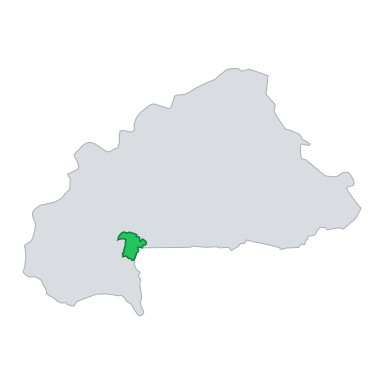 Ioba on a map of Burkina Faso (Mercator projection)
{"feature_id": "BFA-2833", "entity_name": "Ioba", "entity_type": "Province", "adm_level": 1, "iso_a3": "BFA", "parent_name": "Burkina Faso", "parent_adm1": "", "projection": "mercator", "projection_center": [-2.966, 11.024], "detail": "fine", "context": "in_parent", "style": "filled", "palette": "green", "viewbox_px": 384, "rotation_deg": 0, "n_neighbors": 0, "source": "natural_earth", "source_scale": "10m", "svg_char_len": 4414}
<svg xmlns="http://www.w3.org/2000/svg" viewBox="0 0 384 384"><path d="M297.4,247.5L286.4,248.0L282.4,249.2L280.0,249.2L279.9,248.2L279.6,247.6L265.7,244.2L256.0,242.2L246.1,240.0L245.6,242.0L244.2,243.4L242.0,243.5L240.6,243.2L239.6,244.8L237.9,246.9L235.6,247.9L233.4,249.2L232.1,250.4L231.2,250.4L229.0,247.7L226.0,247.4L220.4,247.9L217.9,247.1L214.4,246.8L206.3,247.3L193.3,246.2L191.2,246.8L190.6,247.3L177.8,247.5L163.6,247.6L151.8,247.7L141.4,247.8L141.4,247.4L138.1,247.3L137.7,248.2L134.8,259.0L134.4,264.9L136.0,268.6L137.8,270.9L139.7,271.9L139.9,273.2L138.4,274.9L138.5,276.6L140.3,278.4L140.8,280.3L139.8,282.3L140.1,287.1L141.5,294.6L141.5,299.4L140.2,301.7L140.8,305.5L143.4,310.9L143.8,313.1L142.9,314.2L140.8,315.6L138.6,315.5L136.1,312.3L135.0,310.8L133.0,307.5L131.3,304.2L129.0,302.8L126.7,301.4L123.9,297.2L121.3,295.2L118.4,295.8L114.3,295.0L106.0,293.9L97.0,294.2L93.3,295.2L89.7,296.7L80.4,300.1L76.7,301.8L73.9,306.0L70.8,305.9L67.6,304.6L65.6,302.6L61.4,303.1L57.3,301.2L53.3,297.5L50.4,296.3L46.7,293.7L45.7,288.6L43.3,285.1L41.1,280.2L37.9,278.0L34.2,276.8L29.1,277.0L25.7,275.1L23.0,272.2L23.7,269.7L24.9,266.1L25.1,262.7L25.9,257.2L25.4,250.2L24.5,245.4L27.3,243.4L30.6,241.6L32.6,238.3L34.7,230.9L35.6,224.5L34.9,222.1L33.9,220.2L33.0,217.5L32.5,214.1L33.1,211.1L35.6,208.4L38.7,206.2L40.9,205.1L46.7,203.9L54.0,202.2L58.2,200.3L61.3,198.4L63.0,196.9L64.8,193.7L67.6,191.3L69.8,188.9L70.1,182.1L70.1,178.2L68.5,176.1L67.6,174.3L78.4,168.9L78.5,165.2L77.0,161.0L74.9,157.6L74.1,154.7L77.1,151.2L79.7,148.7L81.7,146.5L85.9,143.1L90.4,142.3L94.4,143.5L106.2,151.4L108.3,151.9L110.7,151.3L113.9,149.2L117.9,147.6L119.4,142.3L119.3,134.6L120.2,131.0L122.3,130.4L129.2,131.8L130.9,131.9L132.9,131.4L134.4,130.1L134.3,127.6L134.0,125.4L136.2,118.1L140.3,112.7L148.5,106.0L151.0,104.6L154.0,103.9L168.7,108.6L171.1,107.4L174.7,95.9L178.7,94.8L183.4,94.6L186.5,93.6L188.2,92.8L195.1,88.4L207.5,82.4L214.1,79.8L215.4,78.9L220.2,74.6L226.5,69.8L230.5,68.8L236.0,68.4L239.5,69.2L240.5,70.6L241.6,71.3L248.9,69.2L259.2,72.5L268.2,75.8L267.6,77.8L267.6,81.5L266.8,87.2L265.9,94.1L269.6,98.5L274.1,103.3L275.3,105.2L274.1,109.9L274.9,112.6L277.3,117.2L281.2,123.0L285.3,129.0L288.2,129.8L290.9,130.3L292.5,131.4L294.9,132.4L297.3,133.1L299.4,134.4L300.7,135.7L302.4,139.4L307.0,141.8L310.2,144.2L308.9,145.4L304.9,144.9L301.1,143.9L300.6,145.7L300.5,152.4L301.1,158.1L302.0,158.8L305.8,159.8L314.8,167.2L323.0,174.1L325.8,175.9L330.3,176.5L335.4,176.8L337.5,176.2L342.5,172.7L345.1,172.3L347.5,172.4L348.8,173.0L351.2,175.8L353.4,180.1L354.0,183.3L353.8,185.0L353.0,185.6L349.0,186.4L347.3,187.1L346.8,188.0L347.5,190.1L348.2,191.5L352.6,197.7L359.0,206.0L361.0,208.1L359.9,210.6L356.6,217.1L354.2,219.8L343.5,229.0L338.3,227.9L327.3,229.8L325.6,227.7L323.0,227.4L319.9,227.8L318.7,228.6L318.4,229.5L317.2,230.7L315.2,234.4L313.6,235.3L311.7,235.9L309.3,235.8L307.9,236.3L307.8,238.1L307.4,239.6L305.8,240.4L305.1,242.2L305.2,243.9L304.3,244.7L302.2,244.3L301.0,243.8L299.8,246.0L298.4,247.5L297.4,247.5Z" fill="#d9dde1" stroke="#a8b0b8" stroke-width="1"/><path d="M142.4,247.8L141.5,247.8L141.4,247.4L137.8,247.3L137.8,247.6L137.7,247.9L138.0,248.7L138.4,249.5L138.7,250.3L138.4,251.3L137.9,251.9L137.2,252.5L136.6,253.1L136.3,254.0L135.8,256.0L135.1,257.2L134.9,258.2L134.7,258.6L134.3,259.1L134.1,259.3L134.2,259.8L133.6,260.2L133.0,260.3L132.1,260.4L131.6,259.9L131.3,259.2L130.6,258.4L129.6,258.3L128.6,258.5L128.5,258.2L127.9,257.9L127.6,257.5L127.4,256.9L127.0,256.4L126.5,256.3L124.8,256.2L123.6,256.3L123.2,256.9L122.7,256.6L122.7,255.8L123.1,254.9L122.8,254.4L122.3,254.0L122.6,253.1L124.0,252.6L123.6,250.5L124.2,248.9L124.5,248.4L124.6,247.7L124.7,246.8L125.3,245.7L125.6,244.6L125.3,243.7L125.2,242.8L125.5,241.9L125.9,240.5L125.7,239.4L124.1,238.9L122.4,238.7L120.1,239.1L118.8,239.4L117.9,239.8L118.1,239.3L118.4,237.2L118.7,236.5L119.3,235.7L121.1,233.5L122.3,232.5L124.1,232.0L125.2,232.4L125.9,233.0L127.2,232.9L129.0,232.3L130.6,232.4L131.7,233.0L133.5,233.3L135.0,233.9L136.5,234.6L136.8,234.7L136.4,235.4L136.0,236.3L136.5,236.7L138.3,236.8L139.2,237.1L139.5,237.8L139.9,240.3L139.8,241.2L140.2,241.3L140.7,241.0L141.3,240.7L142.2,239.1L143.0,239.2L145.0,240.7L145.8,241.5L146.3,242.4L146.2,243.4L145.9,244.2L145.6,244.8L145.1,245.0L143.6,245.1L143.0,245.5L142.7,246.2L142.5,246.9L142.4,247.4L142.4,247.8L142.4,247.8Z" fill="#22c55e" stroke="#15803d" stroke-width="1.5"/></svg>